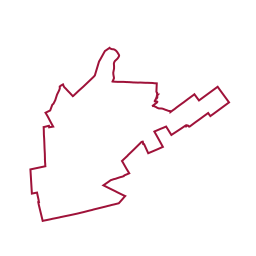 the district of Mihail Kogalniceanu, Ialomita, Romania, rotated 263°
{"feature_id": "2599482B73774561478339", "entity_name": "Mihail Kogalniceanu", "entity_type": "district", "adm_level": 2, "iso_a3": "ROU", "parent_name": "Romania", "parent_adm1": "Ialomita", "projection": "orthographic", "projection_center": [27.746, 44.645], "detail": "fine", "context": "isolated", "style": "outline", "palette": "rose", "viewbox_px": 256, "rotation_deg": 263, "n_neighbors": 0, "source": "geoboundaries", "source_scale": "gbopen_adm2", "svg_char_len": 4580}
<svg xmlns="http://www.w3.org/2000/svg" viewBox="0 0 256 256"><g transform="rotate(263 128 128)"><path d="M129.8,211.2L131.6,214.5L137.5,225.0L141.1,231.4L155.2,223.5L158.0,222.0L146.7,201.8L153.4,198.0L152.9,197.3L152.2,196.0L151.5,194.8L150.9,193.6L150.3,192.7L149.9,191.8L149.4,191.0L147.5,187.7L146.6,186.2L146.2,185.4L144.1,181.6L142.4,178.6L141.2,176.7L140.0,174.4L138.6,172.0L138.8,172.0L139.1,171.9L139.4,172.0L139.5,172.0L139.7,171.9L139.8,171.3L139.9,170.7L140.2,170.0L141.2,168.1L141.5,167.4L142.6,165.4L143.0,164.6L143.1,164.2L143.3,163.5L143.5,162.1L143.7,160.9L144.6,159.3L145.2,158.6L145.5,158.2L146.2,157.0L146.5,156.6L146.6,156.4L146.8,155.3L146.7,154.6L149.8,159.9L150.4,160.3L150.5,160.3L150.6,160.2L150.9,159.6L151.1,158.9L151.3,158.0L151.3,157.8L151.5,157.8L153.9,159.5L154.0,159.9L154.4,159.9L154.5,159.9L154.5,160.0L154.8,160.2L154.8,160.3L154.7,160.4L154.7,160.5L154.4,160.6L154.5,160.7L154.8,160.8L155.1,160.8L155.3,160.9L155.5,160.9L155.6,160.7L155.7,160.4L155.8,160.4L156.0,160.4L156.2,160.5L156.3,160.5L156.5,160.6L157.1,161.1L157.3,161.6L157.5,161.9L157.6,162.0L157.8,161.0L158.7,161.0L159.2,161.1L159.5,161.2L159.9,160.9L160.5,160.6L168.8,162.0L169.2,159.7L169.7,157.8L170.4,153.4L170.9,149.8L171.5,146.5L171.7,145.0L171.7,144.9L171.7,144.6L172.2,141.0L172.3,140.6L172.4,140.1L172.5,139.2L172.8,137.6L172.9,137.2L173.0,136.8L173.0,136.6L173.1,136.1L173.3,135.4L173.3,135.1L173.4,134.4L173.5,133.8L173.6,133.4L173.7,132.5L174.0,131.0L174.3,129.3L174.4,128.7L174.5,127.9L174.7,126.0L175.0,123.7L175.4,121.3L175.6,120.3L175.8,119.2L175.9,118.5L176.0,118.3L176.7,118.7L177.2,119.0L177.9,119.5L178.5,119.8L179.0,120.1L180.0,120.2L180.9,120.1L182.9,120.0L184.7,120.1L188.7,121.4L191.1,121.7L193.5,121.8L194.4,122.1L195.2,122.5L195.7,122.9L196.1,123.2L197.6,125.3L198.3,126.2L199.9,127.5L200.6,127.9L201.0,128.0L201.4,128.0L201.9,127.8L204.4,126.7L206.0,125.7L206.5,125.2L207.1,124.6L207.7,123.7L207.9,123.2L208.0,122.7L208.2,121.7L208.5,121.1L209.0,120.1L209.2,119.8L209.8,119.5L207.5,115.1L207.3,114.6L207.2,114.5L207.1,114.4L206.3,113.8L199.4,108.8L198.0,107.7L197.7,107.5L197.4,107.3L185.6,102.1L184.6,101.7L184.1,101.4L183.5,100.7L182.9,100.0L180.6,96.9L174.5,88.7L172.7,86.1L170.9,83.5L168.6,80.4L166.4,77.4L166.3,77.1L166.5,77.0L170.5,74.1L171.1,73.6L173.7,71.7L174.2,71.4L174.7,71.0L176.2,69.8L176.8,69.5L177.0,69.4L177.5,69.2L178.5,69.0L179.2,68.8L178.4,66.9L178.3,66.6L177.9,66.1L177.8,65.8L177.7,65.7L177.5,65.3L175.5,65.1L173.7,64.2L170.5,62.1L169.9,61.7L169.3,61.4L164.5,59.2L163.9,58.8L161.2,57.0L160.3,55.7L154.9,52.9L153.2,48.0L151.4,48.8L149.3,49.7L145.6,51.1L141.9,52.5L140.2,53.2L138.5,53.9L138.4,51.9L138.3,49.8L139.1,49.8L139.8,49.8L139.8,49.5L139.8,49.3L139.7,48.6L139.6,48.0L139.4,46.3L139.2,44.7L139.2,44.4L135.4,44.1L131.6,43.7L127.8,43.5L124.0,43.2L118.2,42.7L112.4,42.3L110.5,42.1L107.4,41.8L107.2,41.7L106.2,41.7L105.1,41.6L104.1,41.5L103.0,41.5L101.7,41.4L100.5,41.3L100.1,41.3L98.8,26.1L74.6,24.6L75.0,29.8L68.5,30.4L65.3,30.6L65.3,29.9L62.6,30.1L46.2,32.0L46.4,34.0L46.5,35.6L46.7,38.0L46.9,40.4L47.1,42.0L47.3,45.0L47.5,47.6L47.6,48.9L47.8,50.4L47.9,51.9L48.1,54.2L48.5,59.3L49.2,67.1L49.4,68.9L49.7,71.3L49.9,73.3L50.3,76.3L50.5,77.8L50.6,78.6L50.8,80.1L51.0,82.2L51.3,83.8L51.5,85.5L51.8,88.1L52.8,96.5L53.1,98.6L53.3,100.5L53.6,102.4L53.8,104.6L54.1,107.1L54.2,107.9L54.4,109.6L54.5,109.8L58.2,114.0L59.8,115.7L60.8,116.9L62.2,114.6L64.3,111.4L65.6,109.4L66.8,107.7L69.4,103.7L71.5,100.5L74.1,96.6L76.3,100.8L77.7,103.4L78.1,104.1L78.4,104.8L78.4,105.0L78.7,106.5L79.0,107.9L79.0,108.4L79.1,109.1L79.2,109.9L79.4,110.6L79.5,111.1L79.8,112.6L80.0,113.5L80.2,114.8L80.4,116.4L80.6,117.2L80.7,117.9L81.1,118.1L81.5,118.9L82.5,122.4L82.9,123.7L88.0,121.4L91.6,119.9L94.5,118.7L96.0,118.0L97.7,120.3L100.7,124.4L101.0,124.6L106.1,131.4L112.5,139.7L112.5,139.8L112.6,140.2L112.7,140.8L112.7,141.0L112.2,141.1L111.1,141.1L110.7,141.1L110.3,141.1L110.2,141.1L110.1,141.3L110.2,141.8L110.0,142.0L106.2,143.2L100.5,145.0L103.2,154.4L105.0,160.3L109.3,158.6L116.5,155.7L121.3,153.7L121.4,153.9L121.7,155.2L123.3,160.6L123.7,162.2L124.8,166.0L120.3,168.1L119.5,168.5L119.4,168.5L115.8,170.2L121.1,180.9L123.6,185.8L123.6,186.0L123.4,186.0L123.3,185.9L123.1,185.7L122.8,185.5L122.6,185.5L122.4,185.7L122.5,185.9L122.5,186.0L122.8,186.4L122.9,186.8L123.3,187.4L123.3,187.5L123.1,187.8L123.0,188.0L122.9,188.1L122.7,188.3L122.4,188.5L122.1,188.6L121.9,188.8L122.0,189.5L123.2,191.6L125.6,195.8L127.6,199.5L130.4,204.5L133.1,209.4L132.5,209.7L131.5,210.2L130.0,211.1L129.8,211.2Z" fill="none" stroke="#9f1239" stroke-width="2"/></g></svg>